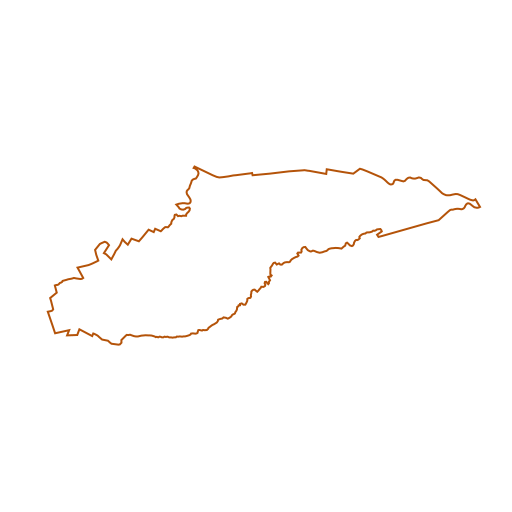 Langata, Nairobi, Kenya, rotated 318°
{"feature_id": "3690345B52672237617144", "entity_name": "Langata", "entity_type": "district", "adm_level": 2, "iso_a3": "KEN", "parent_name": "Kenya", "parent_adm1": "Nairobi", "projection": "robinson", "projection_center": [36.812, -1.368], "detail": "fine", "context": "isolated", "style": "outline", "palette": "amber", "viewbox_px": 512, "rotation_deg": 318, "n_neighbors": 0, "source": "geoboundaries", "source_scale": "gbopen_adm2", "svg_char_len": 5935}
<svg xmlns="http://www.w3.org/2000/svg" viewBox="0 0 512 512"><g transform="rotate(318 256 256)"><path d="M74.9,149.5L73.6,152.3L69.6,159.9L68.1,160.2L66.7,159.7L64.0,158.1L58.4,171.2L55.0,179.0L67.5,186.1L62.5,188.6L70.3,195.1L75.7,192.3L76.3,193.9L80.7,205.9L83.2,204.7L83.8,205.8L84.8,208.5L85.1,209.7L85.2,211.2L85.7,215.1L89.3,219.9L89.6,222.9L89.9,224.5L94.5,229.9L95.7,230.6L98.0,230.4L99.7,228.4L105.6,228.1L107.1,228.1L108.3,229.4L109.7,230.2L110.6,231.9L111.7,233.9L112.8,235.3L114.4,236.8L116.1,237.7L117.7,238.6L119.4,239.9L120.8,240.9L122.1,242.2L123.2,243.3L124.4,244.4L125.2,245.3L126.0,246.6L126.9,248.1L127.2,249.2L128.2,249.7L128.9,251.0L130.4,251.4L131.1,252.3L131.6,253.4L132.7,254.4L134.0,254.7L134.8,255.8L136.3,256.8L137.1,258.5L138.4,259.6L139.3,260.8L140.6,261.6L142.0,262.8L143.3,262.9L144.2,263.9L145.6,264.8L147.1,266.5L148.4,267.3L149.5,268.3L151.2,269.2L152.5,269.8L153.7,270.3L154.8,270.5L155.8,270.2L157.0,271.0L157.8,271.8L159.0,273.2L160.1,273.8L161.1,274.0L162.4,273.1L163.6,272.5L164.5,273.2L166.0,275.3L167.1,275.5L168.2,276.8L169.9,278.1L171.6,278.1L172.7,277.6L174.2,277.8L175.9,277.9L177.5,278.1L179.0,278.6L180.1,278.8L181.2,279.0L182.4,279.2L184.1,278.8L185.2,278.0L186.3,278.4L187.6,279.0L189.1,279.9L190.8,279.9L192.3,281.8L193.1,283.7L195.1,284.2L197.1,284.4L198.6,283.9L199.8,284.0L200.8,284.4L201.9,284.6L203.1,283.9L204.6,283.6L206.0,283.0L207.1,282.0L207.9,281.3L209.1,281.6L210.1,281.0L211.2,281.9L212.1,280.9L213.7,281.7L214.1,283.8L215.5,285.0L216.8,284.6L218.3,284.0L219.6,283.4L220.8,282.1L222.1,282.2L223.8,283.3L225.2,282.8L226.1,281.5L227.5,280.6L228.8,279.3L230.4,279.1L231.4,279.3L232.5,280.1L232.7,281.7L233.0,283.4L234.8,283.3L236.4,283.0L237.8,282.9L239.4,282.4L240.9,284.0L242.6,284.3L243.7,283.6L244.2,282.0L245.4,281.3L246.4,282.1L246.2,283.4L246.3,285.1L247.4,284.9L248.3,283.8L250.2,283.4L251.1,279.8L252.1,280.1L253.2,281.2L254.6,280.9L254.3,279.5L255.0,278.5L257.9,275.5L258.6,274.4L259.8,274.1L261.5,273.8L263.2,273.2L264.5,273.0L265.8,273.7L265.7,276.2L266.9,276.5L268.2,276.9L268.3,278.6L269.4,279.7L271.8,279.7L273.2,280.1L274.7,281.1L276.4,282.7L277.6,283.0L278.7,282.5L280.5,282.4L283.1,282.9L284.8,283.4L286.5,284.2L287.9,284.2L288.2,283.0L288.4,281.8L289.5,281.6L290.5,282.5L291.8,283.6L292.9,283.2L293.9,281.7L295.7,281.1L297.3,281.3L298.7,282.3L298.5,284.1L298.4,286.3L299.1,288.3L299.8,289.4L300.9,289.8L301.9,290.1L302.8,291.4L303.9,293.8L305.5,296.2L307.8,297.6L309.9,298.4L311.8,299.4L313.2,299.5L314.5,299.4L315.9,300.0L317.3,300.8L318.7,301.9L320.5,303.2L322.5,305.2L324.5,307.7L325.8,307.7L327.4,307.7L329.2,308.0L331.2,306.7L332.6,307.0L332.8,308.5L332.9,311.0L333.9,312.8L335.1,313.1L336.7,312.6L337.8,311.7L339.8,311.0L341.2,311.1L342.0,312.0L343.2,312.3L344.9,312.3L345.5,311.0L346.8,310.7L348.8,310.8L349.9,311.1L351.2,311.7L352.4,312.5L353.8,312.5L354.7,313.1L356.2,314.4L357.2,314.9L358.5,315.5L360.1,315.6L361.0,316.6L362.3,317.1L363.7,317.2L365.0,318.1L366.5,319.2L366.4,320.7L365.9,321.9L360.2,321.2L359.8,323.8L363.1,325.5L385.5,336.5L404.8,346.0L415.7,351.6L427.9,351.6L430.8,351.7L432.1,352.2L433.3,353.3L434.6,353.9L435.9,354.7L437.1,355.5L438.4,356.8L439.9,358.7L440.9,359.3L442.3,359.6L443.7,359.4L445.0,358.8L446.7,358.3L448.3,358.4L449.1,359.0L449.8,360.1L450.2,362.0L450.4,363.5L450.9,365.9L452.5,368.1L453.9,369.0L455.3,369.4L457.0,360.7L455.7,360.6L454.5,360.0L453.6,358.7L452.8,357.4L451.9,355.4L450.5,352.0L448.5,347.3L447.3,345.0L445.8,343.5L444.5,342.7L443.0,341.8L440.9,340.7L438.8,338.9L437.9,337.9L436.8,335.5L436.3,333.8L436.1,330.7L435.9,328.5L435.7,326.4L434.6,316.5L434.0,314.4L432.4,312.7L431.3,311.5L430.9,309.7L430.8,308.3L429.6,306.6L428.4,306.1L427.3,305.6L426.1,305.0L425.3,304.3L424.4,303.3L423.6,302.1L423.2,301.0L422.3,300.2L421.1,299.7L420.0,299.6L418.7,299.6L417.0,299.8L415.5,299.2L414.4,297.6L412.2,294.1L410.8,292.8L409.5,292.6L408.4,292.9L407.3,293.6L406.1,294.0L405.0,293.7L404.0,293.0L403.4,292.0L403.1,290.6L402.9,289.3L402.8,287.5L402.6,285.3L402.3,283.5L401.8,281.5L400.8,279.4L395.3,267.5L393.0,262.9L391.6,260.7L383.4,259.9L376.4,251.3L373.6,247.8L367.9,240.5L366.6,238.9L363.1,242.0L359.4,237.2L352.6,228.4L351.5,227.2L350.8,226.3L349.5,224.7L347.9,223.5L337.2,215.2L321.6,204.2L307.5,193.7L308.6,191.7L306.8,190.6L305.4,189.6L295.4,182.7L293.0,180.9L288.8,178.4L284.1,175.2L281.3,173.1L279.7,170.9L277.8,166.9L276.7,164.2L270.2,148.4L268.6,148.9L269.3,150.1L269.8,153.1L269.4,154.7L268.6,156.1L267.1,157.1L264.6,157.9L263.1,158.2L261.7,157.4L260.0,156.9L258.5,157.1L257.1,158.0L255.8,158.7L254.0,159.5L252.8,160.3L251.7,161.0L250.4,161.2L249.0,161.2L247.9,161.5L246.9,162.4L246.1,163.9L245.6,167.8L245.1,170.1L244.3,171.4L243.4,172.1L242.1,172.4L241.1,172.0L240.1,171.3L238.3,169.0L236.9,167.7L233.7,165.6L231.2,164.5L231.2,166.1L231.2,167.9L230.9,169.5L231.3,170.7L231.9,171.8L233.1,173.0L234.9,173.7L236.3,173.6L237.3,174.1L238.7,175.2L238.6,176.5L237.2,177.6L235.6,178.0L234.4,178.0L233.1,178.1L231.9,178.4L231.0,179.3L229.8,178.2L228.5,177.0L227.2,176.5L226.0,174.9L224.7,174.2L224.6,171.9L223.2,171.1L222.2,171.7L221.3,172.7L219.8,173.4L217.9,173.3L216.4,173.9L215.5,174.4L214.6,175.3L213.3,175.3L212.1,175.4L210.8,175.7L209.7,175.7L209.0,174.8L207.9,173.8L206.5,173.7L204.5,173.7L202.9,173.9L201.8,173.9L199.3,168.3L196.0,169.8L193.8,164.6L183.9,166.1L178.8,166.7L175.1,159.8L168.3,161.8L167.9,157.8L168.0,154.3L162.4,156.9L160.8,157.4L158.1,158.0L155.3,158.3L151.9,159.7L146.2,161.7L145.8,154.5L144.9,152.1L154.0,149.6L154.1,147.5L154.0,146.0L153.1,144.2L149.9,143.1L148.0,142.6L140.5,143.8L138.1,148.2L135.7,153.9L134.1,153.5L129.7,152.2L128.2,151.7L125.5,150.7L115.6,145.2L112.9,156.7L111.5,156.5L110.4,155.9L109.5,154.9L107.5,152.5L106.0,150.5L104.9,150.0L103.7,149.4L102.4,148.6L100.8,147.6L99.2,146.9L97.4,146.0L95.6,145.1L94.6,145.5L93.3,145.3L92.2,144.8L90.3,145.0L89.2,144.7L88.2,143.9L86.8,143.3L83.4,149.9L74.9,149.5Z" fill="none" stroke="#b45309" stroke-width="2"/></g></svg>